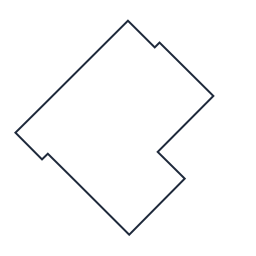 the district of Grundy, Iowa, United States of America, rotated 315°
{"feature_id": "52423323B59450534415384", "entity_name": "Grundy", "entity_type": "district", "adm_level": 2, "iso_a3": "USA", "parent_name": "United States of America", "parent_adm1": "Iowa", "projection": "equal_earth", "projection_center": [-92.822, 42.383], "detail": "fine", "context": "isolated", "style": "outline", "palette": "slate", "viewbox_px": 256, "rotation_deg": 315, "n_neighbors": 0, "source": "geoboundaries", "source_scale": "gbopen_adm2", "svg_char_len": 308}
<svg xmlns="http://www.w3.org/2000/svg" viewBox="0 0 256 256"><g transform="rotate(315 128 128)"><path d="M53.4,204.3L132.3,203.9L132.1,165.9L211.0,165.7L210.7,89.9L203.9,89.9L203.8,52.1L85.1,51.9L45.1,51.7L45.0,89.4L53.1,89.5L53.3,127.8L53.4,204.3Z" fill="none" stroke="#1e293b" stroke-width="2"/></g></svg>